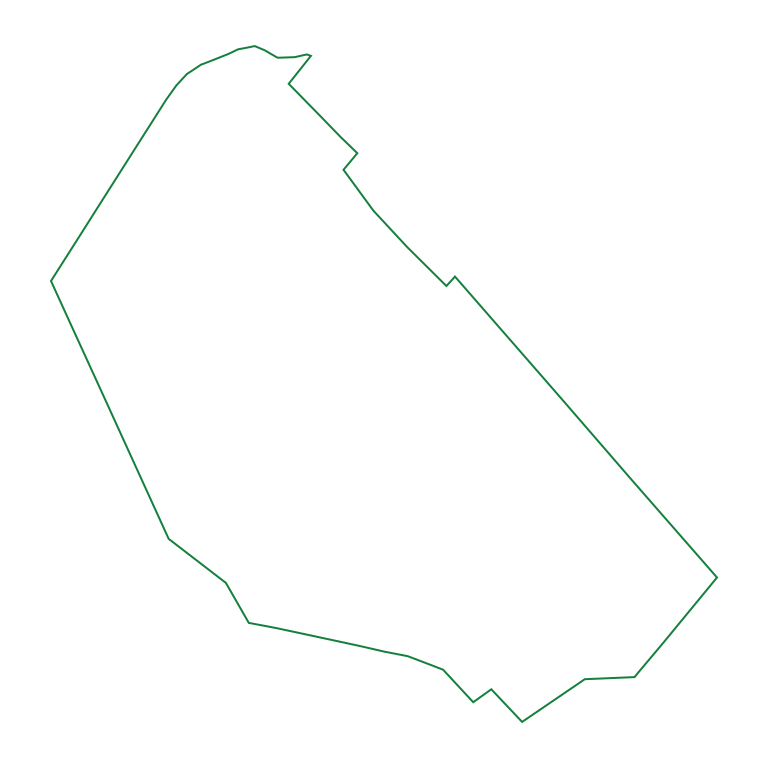 Lanús, Ciudad de Buenos Aires, Argentina
{"feature_id": "61730980B82567739160952", "entity_name": "Lanús", "entity_type": "district", "adm_level": 2, "iso_a3": "ARG", "parent_name": "Argentina", "parent_adm1": "Ciudad de Buenos Aires", "projection": "equal_earth", "projection_center": [-58.404, -34.702], "detail": "fine", "context": "isolated", "style": "outline", "palette": "green", "viewbox_px": 768, "rotation_deg": 0, "n_neighbors": 0, "source": "geoboundaries", "source_scale": "gbopen_adm2", "svg_char_len": 972}
<svg xmlns="http://www.w3.org/2000/svg" viewBox="0 0 768 768"><path d="M51.0,281.0L74.9,333.4L102.5,393.7L168.7,538.9L225.9,582.9L248.8,622.9L274.9,627.8L358.0,645.6L384.1,651.6L407.8,656.2L443.1,669.7L473.2,702.2L491.3,689.3L522.1,721.9L584.8,679.2L634.6,677.1L638.2,672.6L663.2,642.9L717.0,577.5L630.4,478.4L620.2,466.6L563.7,401.3L455.0,276.6L446.4,286.0L407.2,247.1L373.5,210.8L343.5,169.8L357.3,153.2L340.4,136.8L327.3,123.3L321.8,117.6L298.5,93.8L288.7,83.8L310.9,55.9L307.1,54.5L306.9,54.4L306.4,54.6L304.7,54.9L294.6,57.2L293.8,57.2L281.8,57.6L278.4,57.7L277.6,57.7L277.1,57.4L276.1,56.9L264.7,50.3L263.1,49.6L257.4,47.2L254.8,46.1L252.1,46.6L249.8,47.1L243.6,48.3L241.4,48.7L238.1,49.3L236.6,50.0L232.4,52.1L227.3,54.4L215.7,59.0L202.9,64.0L201.1,64.6L197.4,67.1L190.9,71.4L187.5,73.6L187.1,73.9L186.8,74.1L186.7,74.3L184.6,76.5L176.3,85.5L166.1,99.8L148.3,127.8L146.5,130.6L97.6,207.6L84.0,229.1L51.0,281.0Z" fill="none" stroke="#15803d" stroke-width="2"/></svg>